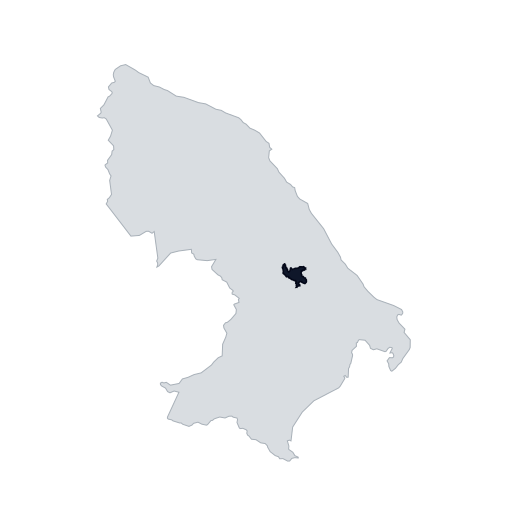 location of Tocache, San Martín, Peru, rotated 172°
{"feature_id": "86281439B42687599219853", "entity_name": "Tocache", "entity_type": "district", "adm_level": 2, "iso_a3": "PER", "parent_name": "Peru", "parent_adm1": "San Martín", "projection": "mercator", "projection_center": [-76.612, -8.241], "detail": "fine", "context": "in_parent", "style": "filled", "palette": "ink", "viewbox_px": 512, "rotation_deg": 172, "n_neighbors": 0, "source": "geoboundaries", "source_scale": "gbopen_adm2", "svg_char_len": 8211}
<svg xmlns="http://www.w3.org/2000/svg" viewBox="0 0 512 512"><g transform="rotate(172 256 256)"><path d="M368.5,141.9L368.4,143.4L366.6,144.1L364.9,143.1L362.4,143.4L358.7,140.0L349.9,140.5L346.0,144.5L340.2,145.3L333.8,147.2L326.6,147.9L315.3,154.2L312.7,156.8L307.6,160.5L303.4,161.8L301.3,173.3L297.2,179.9L295.6,183.6L297.8,189.2L297.8,191.9L295.5,194.1L293.6,194.3L289.7,196.7L283.9,201.8L282.9,205.7L284.8,210.8L284.1,211.4L279.3,212.4L279.5,215.3L278.5,216.4L282.5,220.5L284.8,221.5L284.9,222.5L284.5,223.6L283.6,224.0L283.5,224.9L286.5,228.0L288.6,234.2L292.8,237.2L292.9,239.2L294.1,241.1L296.3,242.6L301.4,248.8L301.5,251.6L296.2,258.2L305.0,258.2L314.7,260.5L316.0,261.5L317.2,264.5L317.3,266.4L319.3,268.0L319.1,271.6L331.9,271.7L340.1,270.8L353.5,259.7L355.7,258.8L354.5,261.2L354.4,262.9L355.1,264.8L353.5,267.5L353.4,294.4L355.8,293.0L359.0,295.5L361.3,295.7L368.6,292.6L377.1,293.1L397.1,328.4L395.3,330.8L395.4,332.7L393.0,334.2L390.5,337.1L390.4,351.2L388.4,355.5L389.5,357.7L390.6,362.2L392.5,364.9L392.9,366.6L392.7,367.3L389.9,368.8L389.7,371.4L384.8,376.5L383.9,379.9L382.0,381.1L381.7,384.9L386.2,391.2L383.3,395.0L380.7,400.6L385.2,412.4L387.0,414.1L389.0,414.0L392.0,415.0L393.5,416.8L389.9,419.0L389.3,420.0L389.6,423.8L385.6,426.8L380.3,434.2L378.8,434.6L376.1,436.8L375.6,438.0L376.1,439.0L378.4,441.3L378.6,444.0L374.8,447.4L372.1,447.7L371.0,448.6L372.1,453.2L372.1,455.3L371.3,457.7L369.4,460.4L363.6,463.2L358.4,463.7L349.5,456.8L346.7,454.0L337.9,448.1L336.5,442.0L333.6,439.0L328.2,436.8L323.9,433.7L320.7,432.2L312.7,425.4L305.4,423.2L291.9,416.0L284.6,413.6L275.3,406.9L270.2,405.1L266.2,401.9L253.9,395.3L252.0,393.2L250.1,389.9L247.4,387.9L244.3,383.5L239.8,380.8L235.4,377.3L230.0,368.0L227.5,365.8L227.3,361.6L225.5,359.6L228.2,358.2L229.8,351.6L229.0,348.3L222.7,339.5L221.6,335.8L217.0,329.0L215.4,324.9L211.8,322.0L210.2,319.4L208.2,318.3L208.1,315.2L206.7,309.3L204.7,306.3L197.5,300.8L196.8,294.7L195.2,290.5L185.2,273.6L179.4,257.3L174.5,248.3L172.5,243.1L172.3,240.3L168.7,235.5L166.8,231.1L158.6,222.7L153.9,213.3L153.3,210.5L150.1,205.4L144.9,198.7L142.3,196.0L126.6,187.8L119.3,182.7L118.4,180.1L118.8,178.6L120.4,177.2L122.6,178.3L124.0,177.9L125.1,176.0L125.1,173.3L123.7,169.7L118.7,162.8L120.0,159.7L114.9,151.6L116.1,143.9L117.3,141.9L124.9,134.0L126.9,130.7L130.2,128.6L133.5,125.4L137.5,123.0L138.6,123.8L139.8,128.0L139.6,130.8L140.8,133.9L138.0,136.8L135.0,136.2L133.8,136.9L133.4,138.2L133.9,140.4L134.6,141.3L136.9,141.3L133.9,145.5L134.1,146.3L136.2,147.0L138.2,146.0L140.3,143.6L141.6,143.3L149.3,147.3L152.8,146.8L155.5,148.7L155.9,151.7L159.7,157.4L165.3,158.8L166.3,158.3L167.6,156.2L168.8,155.9L169.1,152.6L174.0,149.2L174.8,146.9L174.1,145.3L174.2,144.0L177.1,136.4L178.0,135.6L178.8,133.2L180.0,131.7L181.6,123.2L183.0,123.2L184.3,125.3L185.8,124.7L185.0,122.8L185.3,122.1L190.7,115.4L192.5,113.9L218.8,104.6L231.9,95.0L243.5,81.5L247.1,68.0L248.5,69.0L250.7,68.6L249.9,63.2L250.5,60.6L250.4,59.8L246.8,56.5L245.3,52.9L242.2,50.9L242.3,50.1L245.6,50.9L248.7,50.6L251.2,48.3L253.2,48.5L257.5,51.6L260.7,51.9L261.7,54.1L264.8,55.7L269.2,60.3L271.2,65.4L271.1,66.4L273.0,69.0L277.3,70.3L281.6,74.1L286.0,75.2L288.0,78.7L289.2,79.7L289.8,81.7L289.1,84.0L289.8,85.2L293.0,87.2L295.8,87.3L296.5,88.2L298.0,93.8L297.0,96.7L297.4,98.2L301.1,99.6L302.2,100.8L305.1,101.1L309.2,99.9L314.3,101.6L318.3,100.9L320.1,100.5L321.9,99.3L323.5,99.3L327.5,95.7L328.7,95.4L333.0,97.0L336.6,99.5L341.1,99.0L342.9,97.5L346.1,96.6L352.0,99.6L353.3,101.1L354.9,101.3L361.2,104.3L362.3,105.5L365.6,106.7L366.3,107.7L366.1,108.8L351.3,131.8L355.9,133.7L360.2,132.5L362.4,134.0L364.0,137.8L367.4,140.3L368.5,141.9Z" fill="#d9dde1" stroke="#a8b0b8" stroke-width="1"/><path d="M220.6,219.4L220.1,219.4L219.8,219.3L219.3,220.2L218.7,220.3L217.8,220.4L217.7,220.4L217.4,220.5L217.2,220.4L216.7,220.4L216.7,220.5L217.0,220.9L217.1,221.0L216.8,221.1L216.7,221.4L216.8,221.3L217.0,221.3L216.8,221.5L217.1,221.8L217.4,221.7L217.4,221.8L217.3,222.0L217.4,222.4L217.6,222.5L217.7,223.1L217.9,223.2L217.9,223.3L217.7,223.4L217.7,223.6L217.2,223.6L217.0,223.8L217.0,224.0L216.9,224.0L216.6,224.3L216.3,224.4L216.1,224.6L215.6,224.6L215.4,224.3L215.0,224.2L214.9,224.2L214.5,224.2L214.4,223.8L214.2,223.8L214.2,223.7L213.9,223.3L213.7,223.2L213.4,223.0L213.2,222.8L211.5,221.9L211.3,222.1L211.2,222.0L210.6,222.4L210.4,222.7L209.9,223.0L209.6,223.5L209.6,224.1L209.7,224.5L209.4,225.0L209.4,225.3L209.5,225.5L209.8,225.8L210.0,226.2L210.1,227.3L210.6,227.4L210.9,227.4L211.2,227.5L211.5,228.2L211.8,228.3L212.0,228.7L212.0,228.9L212.1,229.1L212.4,229.1L212.6,229.4L212.8,229.5L213.2,229.5L213.4,229.7L213.5,229.9L213.6,230.0L213.6,230.5L213.3,231.0L213.3,231.3L213.6,231.7L213.6,232.0L213.7,232.3L213.8,232.4L213.8,232.5L213.8,232.8L213.6,233.0L213.6,233.4L213.6,233.6L213.2,234.1L213.3,234.3L213.3,234.5L213.2,234.5L212.9,234.5L212.7,234.8L212.6,234.7L212.4,234.7L212.2,234.9L212.3,235.2L212.2,235.3L212.0,235.2L211.8,235.3L211.8,235.2L211.6,235.0L210.9,235.5L210.6,235.5L210.2,235.3L210.0,235.5L209.7,235.5L209.6,236.0L209.4,236.2L209.3,236.4L209.0,236.5L208.7,236.3L208.7,236.6L208.7,236.8L208.5,237.1L208.9,237.3L209.0,237.2L209.3,237.3L209.6,237.2L209.8,237.4L209.8,237.6L209.7,237.9L209.6,238.0L209.8,238.2L210.0,238.2L210.0,238.4L210.3,238.5L210.4,238.8L210.5,238.9L210.8,238.8L210.9,238.7L211.1,238.6L211.4,238.5L211.8,238.9L212.2,239.0L212.4,239.0L212.6,238.7L212.8,238.7L213.0,238.8L212.9,238.9L213.1,239.1L213.4,239.2L213.8,239.1L214.0,239.0L214.2,238.9L214.2,239.0L214.4,239.0L214.5,239.1L214.7,238.8L214.9,238.8L215.1,238.7L215.2,238.2L215.4,238.0L215.7,238.0L216.0,237.9L216.3,238.2L216.6,238.1L216.8,238.2L217.1,238.1L217.4,238.2L217.7,238.0L217.9,238.1L218.1,238.3L218.4,238.4L218.8,238.3L218.8,238.1L219.0,238.1L219.4,238.1L219.6,238.2L219.8,238.0L220.1,237.9L220.3,237.9L220.5,237.9L220.9,237.9L221.1,237.8L221.3,237.8L221.7,237.6L221.8,237.6L221.9,237.9L222.1,238.1L222.5,238.4L222.9,238.8L222.8,239.1L222.9,239.3L223.0,239.4L223.5,239.2L223.7,238.7L223.8,238.4L223.7,238.3L223.9,238.0L224.0,237.6L224.0,237.4L224.2,237.1L224.4,236.8L224.5,236.6L224.6,236.4L225.0,236.2L225.3,236.0L225.6,235.9L225.7,235.6L225.8,235.6L226.0,236.0L226.4,235.9L226.5,236.1L226.5,236.4L226.6,236.6L226.6,236.8L226.8,237.0L226.7,237.1L226.8,237.5L227.0,237.6L227.0,237.8L226.8,237.9L226.7,238.2L226.9,238.3L227.0,238.7L227.2,239.0L227.3,239.1L227.2,239.3L227.3,239.3L227.5,239.2L227.7,239.3L227.6,239.6L227.9,239.8L227.8,240.0L228.1,240.3L227.9,240.5L228.0,240.6L228.1,240.8L228.0,241.0L228.3,241.4L228.4,241.8L228.1,241.8L228.1,242.0L228.2,241.9L228.3,241.9L228.3,242.1L228.2,242.3L228.5,242.6L228.6,242.9L228.8,243.2L228.8,243.3L228.7,243.3L228.8,243.5L228.6,243.6L228.8,243.9L228.7,244.2L228.7,244.3L228.8,244.3L229.1,244.1L229.2,243.8L229.4,243.8L229.5,243.4L229.8,243.5L230.1,243.5L230.2,243.4L230.3,242.9L230.5,242.9L230.5,242.7L230.7,242.4L230.7,242.1L230.7,241.9L230.9,241.6L230.8,241.4L231.0,241.3L231.0,241.1L231.3,241.1L231.5,241.1L231.5,240.8L231.4,240.7L231.2,240.5L231.2,240.4L231.3,240.3L231.2,240.2L231.3,239.7L231.2,239.6L231.0,239.4L230.9,239.2L231.0,238.9L231.1,238.7L231.1,238.4L231.1,238.2L231.1,237.6L231.0,236.9L231.1,236.6L231.3,236.3L231.3,236.0L231.5,235.7L231.5,235.3L231.4,235.1L231.5,234.9L231.4,234.8L231.1,234.5L231.0,234.8L230.7,234.7L230.4,233.9L230.2,233.4L229.8,233.2L229.6,233.0L229.5,232.7L229.4,232.3L229.2,231.9L228.9,231.8L228.9,231.5L228.8,231.2L228.6,231.1L228.3,231.2L228.1,231.1L227.9,231.2L227.6,231.1L227.4,231.3L227.2,231.2L226.7,230.9L226.5,231.0L226.4,230.7L226.4,230.3L226.6,229.9L226.5,229.7L226.1,229.5L225.8,229.7L225.6,229.6L225.5,229.3L225.2,229.1L224.9,228.6L224.7,228.5L224.3,228.1L224.2,228.1L223.9,228.0L223.8,227.8L223.8,227.6L223.3,227.4L223.2,227.4L222.8,227.2L222.3,227.1L222.0,226.7L221.7,226.4L221.4,226.2L221.1,226.4L220.7,226.4L220.5,226.2L220.4,226.0L220.2,226.0L220.2,225.5L220.1,225.2L219.9,225.1L220.0,224.9L219.9,224.8L220.1,224.5L220.0,224.3L220.3,223.9L220.4,223.7L220.2,223.2L220.3,223.1L220.2,223.0L219.9,223.1L219.9,222.8L219.8,222.5L219.9,222.4L220.0,221.6L220.2,221.4L219.9,220.9L219.9,220.7L220.2,220.3L220.2,220.0L220.3,219.8L220.6,219.4Z" fill="#0f172a" stroke="#020617" stroke-width="1.5"/></g></svg>